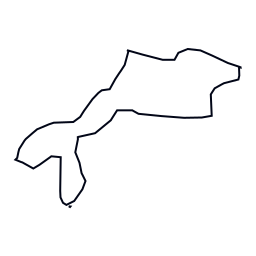 Sayat, Chardzhou, Turkmenistan
{"feature_id": "10190150B8136820559785", "entity_name": "Sayat", "entity_type": "district", "adm_level": 2, "iso_a3": "TKM", "parent_name": "Turkmenistan", "parent_adm1": "Chardzhou", "projection": "robinson", "projection_center": [65.56, 38.029], "detail": "fine", "context": "isolated", "style": "outline", "palette": "ink", "viewbox_px": 256, "rotation_deg": 0, "n_neighbors": 0, "source": "geoboundaries", "source_scale": "gbopen_adm2", "svg_char_len": 1063}
<svg xmlns="http://www.w3.org/2000/svg" viewBox="0 0 256 256"><path d="M115.3,79.1L109.7,89.2L101.8,90.3L98.4,92.9L92.5,99.1L84.1,110.7L82.5,113.2L80.2,116.9L73.3,122.0L53.8,122.7L49.0,124.3L37.1,129.3L32.7,133.0L25.8,139.0L24.5,140.6L19.2,149.0L18.4,152.1L17.2,157.9L15.4,159.7L21.3,162.1L22.4,162.4L23.6,163.1L33.3,168.5L39.5,164.8L50.7,156.8L51.3,156.3L60.7,157.2L60.2,190.9L60.5,197.4L63.0,202.8L66.4,204.9L74.2,201.0L82.4,189.3L85.5,181.0L82.7,175.3L81.6,173.2L79.5,162.8L75.3,152.3L77.9,139.3L77.8,137.1L78.4,136.9L95.1,133.2L110.8,120.3L111.7,118.8L116.6,111.1L117.1,110.3L132.3,110.3L132.9,110.7L138.5,113.8L149.5,114.9L161.7,116.1L184.0,117.8L201.9,117.5L211.7,115.8L210.8,94.4L212.5,91.7L214.7,88.3L221.5,84.5L224.0,83.2L238.4,79.5L239.3,75.6L239.0,66.7L227.9,63.0L212.2,55.6L200.4,50.4L187.7,49.0L178.4,52.8L174.5,59.8L162.7,59.8L142.6,54.6L127.0,50.2L128.5,51.0L124.7,64.9L120.9,70.8L119.2,73.2L115.3,79.1ZM70.4,206.5L68.8,206.3L70.0,207.0L70.4,206.5ZM239.0,66.7L240.6,67.5L240.6,67.3L239.0,66.7Z" fill="none" stroke="#020617" stroke-width="2"/></svg>